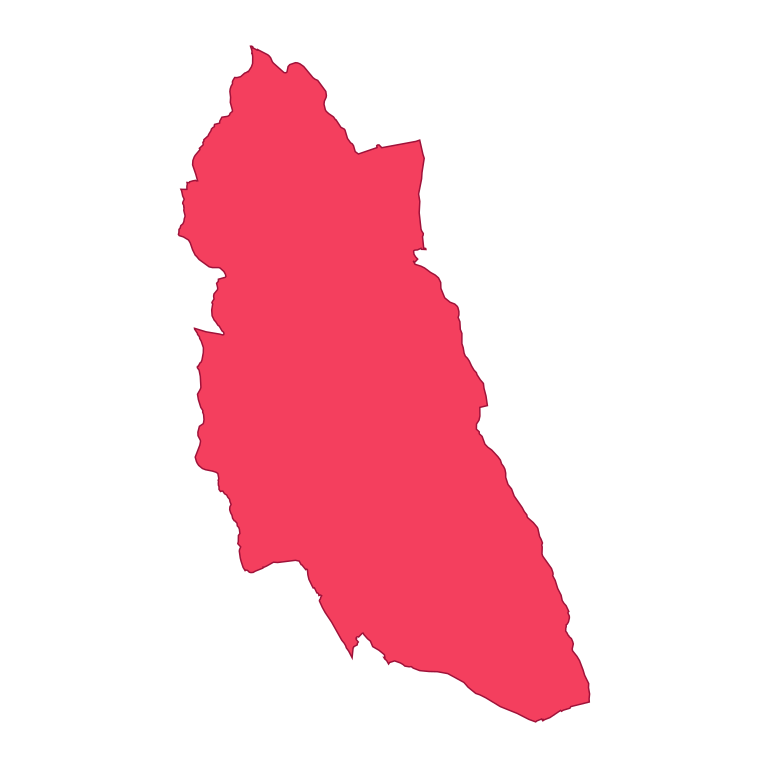 the district of Filipeni, Bacau, Romania
{"feature_id": "2599482B91029580875305", "entity_name": "Filipeni", "entity_type": "district", "adm_level": 2, "iso_a3": "ROU", "parent_name": "Romania", "parent_adm1": "Bacau", "projection": "natural_earth1", "projection_center": [27.183, 46.544], "detail": "fine", "context": "isolated", "style": "filled", "palette": "rose", "viewbox_px": 768, "rotation_deg": 0, "n_neighbors": 0, "source": "geoboundaries", "source_scale": "gbopen_adm2", "svg_char_len": 6081}
<svg xmlns="http://www.w3.org/2000/svg" viewBox="0 0 768 768"><path d="M245.1,570.6L245.7,570.0L247.5,570.4L249.3,572.2L250.9,572.6L253.2,572.4L255.2,571.2L262.9,568.1L263.1,567.1L263.8,567.3L266.5,566.1L273.5,562.2L277.6,562.5L295.5,560.3L299.2,561.1L301.1,564.6L302.0,565.0L305.8,569.7L306.7,569.1L307.4,569.6L307.9,574.9L308.9,579.3L312.2,586.1L313.2,588.0L314.4,587.8L316.9,592.9L317.6,592.9L318.7,594.1L318.9,595.5L320.6,595.0L321.7,595.8L320.8,597.1L320.4,598.9L319.6,599.9L319.4,600.9L322.4,607.5L325.1,612.4L331.6,622.1L341.7,640.1L344.2,643.2L345.7,645.8L346.3,647.8L348.7,651.1L352.1,657.7L353.1,647.9L353.5,647.7L353.7,646.7L357.2,644.9L357.4,643.2L358.3,642.0L356.2,639.5L356.1,638.9L356.5,638.6L356.1,638.0L356.6,637.1L357.6,636.7L358.6,637.0L362.2,633.3L363.1,633.1L363.9,634.6L367.6,638.8L370.4,641.1L372.7,646.6L378.9,650.2L384.4,654.7L384.9,657.7L383.9,657.5L384.8,659.0L386.6,660.5L388.6,664.0L389.6,662.5L394.6,660.9L400.3,662.9L402.9,664.4L404.9,666.1L409.1,666.8L411.3,666.6L413.2,668.1L419.7,670.6L429.0,671.5L437.5,671.7L447.8,673.6L463.9,682.4L468.2,687.3L475.7,693.4L479.8,694.8L485.8,697.8L500.3,706.6L516.9,713.3L528.9,719.4L535.7,721.9L536.9,720.9L541.6,719.0L542.0,719.5L543.2,719.4L543.3,719.6L542.4,720.2L542.8,720.8L544.7,719.6L549.9,717.6L560.6,710.4L561.5,711.3L563.2,710.2L569.9,708.2L570.8,706.6L589.3,702.0L589.1,698.9L589.6,694.0L588.5,687.7L588.7,683.6L584.6,675.2L583.0,669.8L579.5,660.6L577.0,656.4L572.6,650.9L572.2,649.0L573.3,643.9L572.7,641.6L571.4,638.6L569.1,636.6L568.9,635.9L568.0,635.0L566.9,632.7L565.7,631.2L565.8,628.0L566.2,626.9L566.2,624.8L567.2,624.1L568.5,621.8L569.4,617.9L569.3,616.0L568.0,613.2L568.1,612.1L568.8,611.5L566.1,605.7L564.0,603.4L562.2,600.5L561.1,595.2L557.7,588.5L555.2,580.4L552.7,575.7L553.1,574.1L552.9,572.6L551.5,568.5L542.7,556.1L542.0,553.9L542.2,546.8L541.7,545.1L542.5,543.0L541.1,539.3L539.6,536.5L537.9,528.7L537.3,527.4L533.3,522.6L527.9,517.9L527.2,517.0L526.8,514.8L524.3,511.6L522.2,507.6L514.2,496.1L511.6,489.0L508.0,484.5L505.7,477.3L505.7,473.1L504.9,469.2L503.5,466.4L501.6,463.9L500.4,460.1L498.0,456.8L491.7,450.0L487.8,447.2L484.9,444.1L482.1,436.4L479.3,433.8L479.2,431.8L476.4,429.2L476.5,424.0L479.0,420.2L479.9,416.1L479.8,407.4L487.4,405.6L486.0,396.0L484.0,388.3L483.4,383.4L480.3,379.8L477.0,374.7L476.4,372.7L473.9,370.0L471.5,365.9L469.3,361.1L467.5,358.3L465.3,356.1L464.1,353.1L463.2,347.7L461.9,343.7L461.9,333.4L460.3,329.4L459.9,321.7L458.1,317.4L458.9,315.0L458.9,311.5L457.9,307.5L457.1,306.2L454.7,304.0L450.0,302.2L444.7,297.8L440.9,288.4L440.7,282.4L438.5,277.9L435.3,275.1L430.5,272.4L424.6,268.0L421.0,266.2L415.1,264.3L413.2,260.9L414.3,261.9L415.1,261.9L417.7,259.1L415.5,256.8L414.0,254.3L413.6,251.6L413.9,250.6L415.0,250.1L417.5,249.9L421.0,248.3L421.4,249.3L425.9,249.5L425.7,248.5L423.7,248.0L422.5,236.7L423.2,235.0L423.3,233.5L421.7,231.0L421.0,229.1L419.2,212.8L419.8,201.4L418.6,194.0L421.6,178.8L422.0,172.5L424.2,158.3L422.9,154.2L419.7,140.1L415.9,141.4L381.8,147.7L379.0,144.9L377.5,145.0L376.7,145.7L377.0,147.6L358.4,154.0L355.2,151.6L353.5,145.7L352.3,143.9L350.6,142.8L347.5,138.5L345.0,130.1L344.3,129.1L340.9,127.3L336.0,119.8L335.5,119.8L333.5,116.9L328.8,113.7L326.2,111.3L325.3,109.7L324.0,104.2L324.4,101.1L326.1,97.4L326.4,95.6L325.8,91.4L317.7,80.4L315.0,79.2L312.9,77.6L303.7,66.5L299.9,63.8L297.6,62.9L295.4,62.7L289.8,64.6L288.1,66.5L287.0,71.9L285.9,72.8L284.0,72.6L273.4,63.1L272.3,61.7L270.6,57.7L269.1,55.9L267.8,54.8L257.9,49.7L258.0,50.2L257.1,50.1L253.4,48.1L252.9,48.2L252.7,47.6L253.0,47.4L252.6,46.6L251.2,46.1L250.5,46.2L251.8,50.2L252.0,51.4L251.8,53.5L252.3,53.5L252.7,56.8L252.6,63.5L251.4,66.9L248.3,71.7L247.7,71.5L246.4,72.5L244.7,73.1L240.6,76.7L237.0,77.6L234.7,77.5L232.9,80.5L232.4,81.9L232.5,83.9L231.1,86.2L230.2,89.0L229.9,91.5L230.6,97.4L230.3,102.4L232.4,110.1L232.4,111.4L230.1,113.3L229.5,115.1L227.7,116.3L221.9,117.2L219.8,121.1L219.6,123.1L214.6,124.4L214.3,125.2L214.4,126.7L212.8,127.6L211.3,129.2L211.2,130.3L208.5,134.7L208.4,135.6L203.9,139.6L203.8,141.3L202.9,142.3L203.2,144.3L203.0,145.0L199.4,148.3L199.9,149.0L199.8,149.8L195.2,155.3L194.2,157.0L192.9,160.5L192.6,164.9L195.8,174.3L197.6,180.8L196.4,180.9L195.6,180.4L193.0,180.8L189.6,181.8L189.2,182.7L187.0,182.5L187.3,184.1L186.9,186.0L186.9,189.4L180.9,189.3L181.6,190.8L182.7,196.0L184.2,199.2L182.8,202.3L182.7,203.5L183.7,205.3L183.8,207.2L184.1,207.3L183.8,210.5L185.0,215.4L185.0,216.7L184.3,218.6L183.9,221.5L182.9,223.8L180.8,225.6L180.0,228.4L179.0,229.3L178.9,232.5L178.4,234.4L179.2,235.6L183.4,236.9L188.5,240.0L190.2,242.8L192.6,249.8L195.3,255.3L196.4,256.2L199.1,259.5L209.1,266.8L212.5,267.6L218.7,267.6L220.0,268.0L223.9,271.5L225.5,274.5L225.9,276.5L225.3,277.3L218.4,279.2L218.3,281.4L216.6,283.3L217.6,287.5L217.7,289.0L217.3,289.9L214.0,293.9L213.6,296.1L214.0,299.1L212.4,301.5L211.9,302.8L212.7,303.9L211.7,310.0L212.1,315.8L214.3,320.3L215.5,321.5L218.0,325.3L219.3,326.2L222.0,330.9L223.6,332.2L223.9,333.4L223.7,334.6L222.5,334.9L219.7,334.1L206.0,331.8L194.5,328.3L194.6,329.1L197.4,333.3L197.6,334.5L199.4,336.7L199.7,338.5L201.2,341.1L203.4,347.7L203.3,352.7L202.0,359.8L201.2,362.0L200.1,362.8L198.2,366.3L197.5,366.4L197.3,367.0L197.4,367.8L199.1,370.2L200.3,376.3L200.9,387.3L200.4,389.1L197.5,394.2L198.4,399.7L200.8,407.4L202.8,410.5L202.7,412.2L203.6,414.6L204.0,419.6L203.5,422.9L203.1,423.8L199.4,426.3L197.9,432.1L198.0,435.7L200.4,440.3L200.5,441.7L199.8,445.2L195.2,457.1L196.4,461.4L197.3,463.3L198.7,465.4L202.4,468.5L205.5,469.7L212.5,471.1L215.9,472.2L217.8,473.4L218.7,478.0L218.7,479.2L218.1,480.2L218.5,481.0L218.3,483.3L218.4,485.3L219.0,486.5L219.0,489.4L220.5,491.5L221.7,491.1L222.9,491.2L224.5,493.7L226.7,495.0L227.8,497.2L229.5,499.2L230.0,501.7L231.1,504.4L229.9,506.9L229.7,509.8L230.7,512.9L232.0,515.3L232.6,518.3L234.2,520.7L235.0,521.0L237.0,523.2L237.3,525.9L238.7,527.4L239.4,529.3L239.9,533.5L238.4,535.5L238.3,541.6L237.8,543.7L240.7,546.9L239.5,549.7L239.3,551.1L240.3,558.1L241.1,561.3L243.1,567.4L245.1,570.6Z" fill="#f43f5e" stroke="#9f1239" stroke-width="1.5"/></svg>